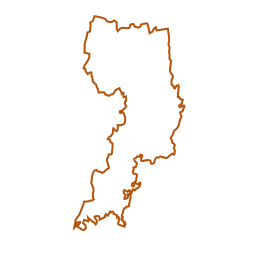 map outline of North Kazakhstan (Equal Earth projection), rotated 97°
{"feature_id": "KAZ-3204", "entity_name": "North Kazakhstan", "entity_type": "Region", "adm_level": 1, "iso_a3": "KAZ", "parent_name": "Kazakhstan", "parent_adm1": "", "projection": "equal_earth", "projection_center": [70.634, 53.821], "detail": "fine", "context": "isolated", "style": "outline", "palette": "amber", "viewbox_px": 256, "rotation_deg": 97, "n_neighbors": 0, "source": "natural_earth", "source_scale": "10m", "svg_char_len": 5878}
<svg xmlns="http://www.w3.org/2000/svg" viewBox="0 0 256 256"><g transform="rotate(97 128 128)"><path d="M99.9,74.7L104.5,75.8L105.2,76.5L105.6,77.5L106.2,78.2L107.2,77.9L109.5,76.4L110.1,76.3L113.8,77.4L118.9,77.9L122.3,79.3L123.0,79.8L125.1,81.9L125.9,82.2L128.0,82.4L129.0,82.7L132.6,84.4L133.0,84.4L133.5,84.1L134.4,83.1L134.9,82.8L137.2,82.2L137.5,82.0L137.6,81.3L137.9,80.8L139.0,79.5L139.5,79.4L141.6,80.0L142.2,80.0L143.3,79.6L143.8,79.2L144.9,78.7L146.3,78.6L147.8,78.8L148.9,79.2L148.1,80.1L147.9,80.7L148.2,81.2L152.6,85.3L153.1,86.2L153.0,88.1L152.5,89.6L153.0,90.4L152.5,91.2L152.3,91.8L152.3,92.4L152.5,92.8L153.4,93.6L153.6,94.1L153.5,95.0L153.8,96.1L154.9,96.9L156.3,97.4L157.3,97.6L158.4,97.6L159.0,97.7L159.5,98.0L160.4,99.1L160.7,99.7L160.7,100.5L160.3,100.9L159.8,101.2L158.4,101.5L157.6,102.0L157.4,102.9L157.6,105.3L157.5,105.7L157.6,105.8L158.1,106.2L158.2,106.6L158.1,107.7L158.2,107.9L158.8,108.2L158.9,108.3L158.8,111.0L156.8,111.2L154.8,110.5L153.8,110.5L153.2,110.8L153.0,111.4L153.1,112.6L154.8,112.6L155.1,112.8L155.2,113.3L155.2,114.1L155.1,114.9L154.9,115.3L155.9,115.7L156.3,116.0L157.5,117.7L158.0,118.1L158.6,118.1L159.5,117.6L160.2,117.0L161.6,115.2L162.2,114.8L163.0,114.9L163.8,115.2L164.7,115.4L165.5,115.4L165.7,115.5L166.1,116.2L166.4,117.8L167.0,117.8L168.3,117.3L168.9,117.2L170.0,117.8L170.9,117.9L172.5,117.1L172.7,116.6L172.6,115.2L172.6,114.5L172.9,113.9L173.3,113.5L173.9,113.3L179.0,113.7L179.7,113.8L180.2,114.0L180.7,114.4L182.2,116.6L182.8,117.1L183.6,117.3L184.3,117.2L184.9,117.0L185.2,116.4L185.1,115.5L184.7,115.0L183.1,114.7L182.4,114.4L181.9,114.1L181.9,113.5L182.1,112.8L182.9,111.2L182.6,110.9L181.1,110.1L180.8,109.8L180.8,109.3L181.3,109.0L184.1,109.3L185.0,109.7L186.0,110.5L186.8,111.5L187.2,112.5L187.5,112.8L188.7,113.1L189.1,113.7L189.0,114.1L188.1,115.6L193.0,117.0L192.9,117.2L192.5,117.8L192.2,117.9L191.4,117.9L191.0,118.5L189.9,118.3L189.7,118.4L189.7,118.8L189.8,119.5L190.3,120.0L190.9,120.4L191.3,120.9L191.0,121.7L190.1,123.6L190.1,124.1L190.7,124.5L191.5,124.6L192.3,124.6L192.9,124.3L194.0,123.3L194.6,122.4L195.0,122.2L195.4,122.2L198.1,123.1L198.8,122.9L198.6,121.7L198.1,120.7L197.6,120.1L196.9,119.7L196.0,119.7L193.7,120.0L193.5,119.8L193.7,119.2L194.2,118.2L195.3,117.2L196.7,117.0L203.6,117.6L205.1,117.4L205.5,117.6L205.8,118.0L206.0,118.6L206.1,119.9L207.3,120.3L207.6,120.8L207.9,121.7L208.4,122.1L216.3,123.5L216.7,123.4L216.8,123.2L216.9,122.4L217.1,122.3L218.2,122.4L219.2,123.2L219.5,123.3L220.1,123.1L220.5,122.9L220.5,122.5L220.5,121.7L220.7,121.1L222.2,120.8L222.7,120.3L222.6,119.9L222.2,119.3L222.6,119.1L224.0,118.9L224.4,119.0L224.5,119.8L224.8,119.9L226.3,119.5L225.2,124.7L224.9,125.6L224.3,126.1L223.6,126.2L219.6,125.6L218.9,125.6L218.2,125.9L217.7,126.4L217.2,127.1L218.4,127.8L216.0,128.5L215.6,128.9L215.0,131.9L213.9,132.0L213.4,132.2L213.0,132.6L212.8,133.3L212.9,133.7L213.8,134.5L213.1,135.6L217.4,137.3L216.2,139.4L218.0,140.3L218.3,140.3L219.0,139.7L222.5,144.9L220.7,145.2L219.2,146.0L219.1,148.6L220.2,150.4L222.0,149.3L223.4,147.9L224.6,147.3L225.3,147.8L226.1,147.6L227.7,148.3L225.9,150.3L224.8,152.5L222.6,155.7L221.8,156.7L224.2,155.8L225.6,156.2L225.0,157.6L224.6,160.4L227.9,161.0L229.8,158.2L232.8,157.6L234.9,159.6L234.2,162.1L233.4,163.1L232.8,164.7L231.8,166.8L230.9,165.6L228.0,164.2L227.1,164.1L227.9,166.9L231.5,167.8L233.5,169.2L225.1,168.7L220.2,165.8L209.1,162.9L206.4,162.7L205.8,158.6L204.6,156.6L204.5,154.9L203.0,153.3L202.1,154.1L200.7,154.2L197.4,154.9L194.5,154.5L192.4,154.9L187.0,157.8L178.5,157.6L174.9,156.6L173.4,154.3L174.8,152.6L175.0,149.3L175.8,148.1L174.7,146.6L171.9,144.4L170.0,142.0L163.6,144.6L162.2,145.0L160.6,144.9L159.7,144.3L156.4,143.7L156.4,141.9L156.2,141.5L155.4,140.9L148.7,141.0L145.1,141.5L144.1,143.8L142.0,144.5L141.4,146.7L139.6,145.9L138.0,143.9L135.3,142.5L131.8,142.7L130.2,142.6L131.1,141.2L132.2,140.0L132.5,138.7L131.5,138.2L128.7,138.2L127.3,138.0L126.4,138.5L126.3,136.3L125.3,133.6L124.5,132.6L122.9,131.8L118.3,131.9L114.0,133.9L113.1,135.0L112.8,135.8L114.1,136.8L113.8,138.0L112.2,138.0L111.3,135.5L110.4,135.1L109.4,134.1L106.8,132.4L105.5,133.3L103.9,134.1L101.7,134.0L101.6,133.4L100.7,133.2L98.9,133.5L98.2,133.9L97.0,133.9L97.6,135.6L97.9,136.1L96.4,136.5L93.6,136.9L94.0,138.1L94.6,138.5L92.9,139.0L91.4,140.5L89.5,141.3L91.2,144.1L93.0,145.6L95.8,146.6L96.9,149.0L98.4,151.0L97.5,154.6L95.5,156.0L96.2,161.1L96.4,161.4L93.2,162.6L91.3,164.0L88.9,164.9L87.8,166.2L87.6,167.1L86.6,167.7L85.8,168.9L84.5,168.8L79.1,170.9L77.4,171.1L77.4,172.6L79.4,174.6L76.6,177.1L74.6,177.6L74.6,178.5L74.0,179.5L71.4,178.8L65.3,175.8L61.9,175.0L59.0,175.5L58.5,180.4L53.0,180.8L50.3,181.3L41.3,180.0L38.1,179.9L36.8,177.5L30.5,177.7L27.9,178.4L25.9,175.9L21.1,174.8L21.4,169.1L22.5,163.8L24.6,162.1L25.0,159.6L25.0,158.0L24.3,156.4L23.4,155.6L23.1,154.4L24.7,152.0L30.6,151.4L33.1,150.0L30.7,148.2L29.2,146.1L29.2,142.6L28.5,138.7L25.0,138.2L24.1,135.4L26.6,133.4L27.2,129.9L25.4,127.9L23.7,127.7L22.4,124.5L21.9,121.7L24.8,120.3L31.3,118.1L29.3,115.4L26.2,114.4L24.6,112.7L27.7,111.7L24.6,100.5L33.9,98.1L35.6,97.9L38.9,98.0L40.6,97.9L41.2,97.6L42.2,96.8L42.8,96.6L47.9,96.4L48.7,96.3L50.3,95.6L51.1,95.5L53.1,95.5L54.1,95.3L54.8,94.8L55.4,94.0L56.0,93.5L56.8,93.3L58.5,93.6L60.2,93.4L64.9,93.5L66.9,93.0L68.5,92.0L70.1,90.3L70.9,89.9L71.8,89.7L72.6,89.7L75.2,90.6L79.3,90.1L79.7,89.8L80.0,89.0L80.5,88.8L80.8,88.5L81.1,87.5L81.6,87.2L82.4,87.2L83.0,87.0L83.1,86.4L81.0,85.4L80.0,84.7L80.5,83.7L79.7,83.2L81.4,82.5L81.9,82.4L83.1,82.8L83.6,82.8L84.9,82.4L85.6,82.4L87.6,82.8L89.3,82.3L90.9,82.4L91.2,82.1L91.3,81.7L91.2,80.8L91.6,80.5L92.8,79.9L93.0,79.4L93.0,78.1L93.5,77.0L94.1,77.3L96.7,77.6L97.3,77.8L97.8,78.2L99.3,79.8L99.9,80.0L100.5,79.7L100.8,79.3L100.9,78.7L100.7,77.5L99.6,77.0L99.2,76.7L98.8,75.4L98.8,75.1L99.0,74.9L99.5,74.7L99.9,74.7Z" fill="none" stroke="#b45309" stroke-width="2"/></g></svg>